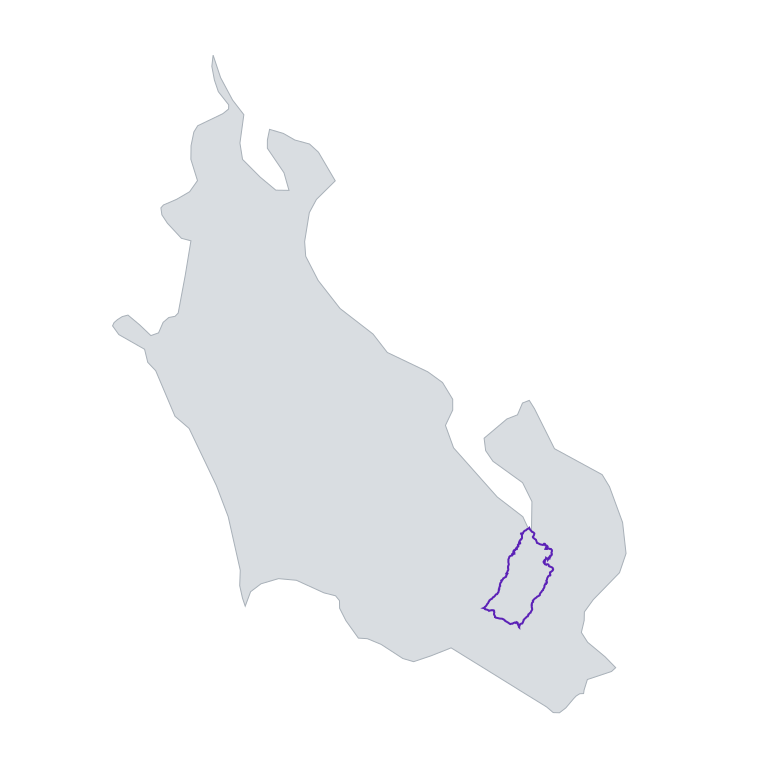 location of Bagaces, Guanacaste, Costa Rica, rotated 190°
{"feature_id": "36466004B76041075166072", "entity_name": "Bagaces", "entity_type": "district", "adm_level": 2, "iso_a3": "CRI", "parent_name": "Costa Rica", "parent_adm1": "Guanacaste", "projection": "robinson", "projection_center": [-85.261, 10.512], "detail": "fine", "context": "in_parent", "style": "outline", "palette": "violet", "viewbox_px": 768, "rotation_deg": 190, "n_neighbors": 0, "source": "geoboundaries", "source_scale": "gbopen_adm2", "svg_char_len": 7592}
<svg xmlns="http://www.w3.org/2000/svg" viewBox="0 0 768 768"><g transform="rotate(190 384 384)"><path d="M661.4,394.1L660.5,397.6L657.6,401.2L653.5,404.9L648.1,407.4L634.9,399.8L622.0,391.2L614.9,395.2L612.2,406.4L607.5,412.1L601.5,414.4L599.0,418.1L598.6,455.9L599.0,491.5L608.8,492.3L625.2,504.7L632.1,512.0L634.3,518.7L632.3,522.0L620.4,529.8L608.8,539.6L603.0,551.9L613.2,571.7L615.4,585.1L615.0,599.2L612.3,606.0L589.7,622.2L584.8,627.8L585.4,631.9L597.9,643.1L603.8,653.9L608.7,666.9L609.4,678.2L598.1,657.3L582.4,637.3L568.8,624.9L567.7,596.2L562.3,580.6L541.8,566.2L524.2,556.1L511.2,558.2L519.2,574.7L539.8,595.9L541.2,604.0L540.9,614.9L526.7,613.3L514.2,608.8L499.0,607.4L488.8,600.9L467.3,575.6L482.6,554.0L487.3,539.8L486.9,510.5L483.3,496.2L466.8,474.5L440.4,450.7L403.5,431.3L386.2,415.6L343.0,403.6L326.6,395.6L313.7,380.9L311.8,370.3L316.3,353.9L304.4,333.2L252.9,292.4L224.2,277.4L218.0,268.5L213.4,265.8L217.9,293.9L230.4,310.9L263.3,326.8L272.3,336.0L276.0,348.0L256.9,370.9L247.2,376.8L244.3,389.3L238.1,393.1L231.6,385.9L204.9,349.9L153.4,332.6L144.1,322.0L125.0,289.1L116.2,259.1L119.3,239.1L140.5,207.9L147.1,194.3L145.8,185.9L146.5,173.6L138.6,165.0L119.0,153.8L106.6,144.9L110.0,140.4L132.4,128.3L133.8,117.4L133.7,113.8L137.4,113.0L140.6,110.1L142.6,107.1L148.7,96.6L154.1,90.7L160.3,89.8L167.8,94.2L196.0,105.4L227.4,118.0L272.1,135.8L290.6,124.4L306.6,115.7L317.7,116.9L341.7,127.1L356.2,130.3L365.1,129.3L380.4,144.3L388.8,155.5L390.2,162.9L394.9,167.0L406.9,167.9L436.2,175.5L454.1,174.0L470.4,165.9L479.3,156.3L482.1,141.1L486.2,148.6L491.1,160.4L493.2,175.6L514.4,226.3L531.3,254.7L568.2,306.4L584.2,315.9L611.1,357.4L620.4,364.3L625.8,376.6L653.7,386.6L661.4,394.1Z" fill="#d9dde1" stroke="#a8b0b8" stroke-width="1"/><path d="M208.6,167.8L208.8,168.6L208.5,169.4L208.4,169.9L208.4,170.2L208.7,170.6L208.4,170.9L207.3,171.8L206.4,172.1L206.2,172.2L206.0,173.1L205.8,173.5L205.7,174.3L205.5,174.9L205.6,175.7L205.2,176.1L205.1,176.6L204.7,177.3L204.0,178.0L203.2,179.3L202.5,180.0L202.0,180.2L202.0,180.7L201.7,181.3L201.9,181.7L201.8,182.2L201.1,182.9L200.4,184.0L199.9,184.3L199.9,184.6L199.6,185.6L199.4,186.3L198.9,187.5L199.0,188.2L199.2,188.5L199.3,189.2L199.6,189.5L199.8,189.9L199.9,190.6L199.9,191.4L200.2,191.7L200.1,192.0L200.3,192.4L200.1,193.0L200.3,193.4L200.2,194.1L199.3,195.4L199.4,195.8L199.6,196.2L199.8,196.3L199.8,196.5L198.3,198.8L196.9,200.1L196.3,201.1L194.8,202.2L194.1,202.9L193.9,203.1L193.9,203.5L194.0,203.6L194.1,204.0L193.9,204.6L193.7,205.0L193.6,205.6L192.8,206.6L192.7,207.2L192.4,207.8L192.2,208.1L191.6,208.6L191.6,209.7L191.3,210.2L190.8,211.6L190.8,211.9L190.9,212.1L190.8,212.4L190.8,212.7L191.0,213.2L190.9,213.7L190.6,214.3L190.6,214.6L190.2,214.9L190.2,215.3L189.9,215.2L189.7,215.2L189.6,215.6L189.6,215.9L189.1,216.4L189.1,216.6L189.1,217.2L189.5,217.4L189.6,217.9L190.0,218.3L189.9,218.8L189.5,219.6L189.6,220.5L189.4,221.8L189.1,222.3L189.0,223.0L188.3,223.8L187.8,224.1L187.2,224.2L187.0,224.4L187.0,224.9L187.6,225.8L187.5,226.9L187.8,227.3L187.7,227.5L187.0,227.9L186.6,228.5L185.7,229.3L185.3,230.1L185.3,230.3L185.4,230.5L185.5,230.7L185.3,231.1L185.6,231.4L185.9,232.1L186.5,232.5L188.1,232.9L188.6,233.1L189.3,233.0L189.9,233.3L190.1,233.5L190.3,234.2L190.8,234.8L191.8,234.9L192.4,234.7L192.8,234.2L193.1,234.5L194.1,234.4L194.4,234.6L194.6,235.1L195.1,235.4L194.7,236.2L194.8,236.5L195.5,236.8L195.8,236.4L196.0,236.5L195.9,237.0L195.8,237.3L195.4,237.4L195.3,238.1L194.8,237.9L194.8,238.4L195.0,238.8L194.6,239.2L194.3,239.3L194.3,239.7L194.0,239.9L193.8,240.1L193.9,240.3L194.2,240.5L194.2,240.9L193.7,240.6L193.5,240.4L192.1,240.0L192.0,239.6L191.9,239.8L191.8,240.4L191.7,240.0L191.7,241.0L191.3,241.1L190.9,240.7L190.7,240.8L190.9,241.2L191.2,241.4L190.7,241.7L190.4,242.4L190.6,242.5L191.0,242.5L190.8,242.8L190.3,242.9L190.3,243.2L190.4,243.6L190.0,243.7L189.9,243.8L190.0,244.1L189.3,244.5L189.1,245.2L189.2,245.9L189.5,246.1L189.8,246.8L189.8,247.4L189.6,247.9L189.6,248.9L189.9,249.7L190.6,250.1L190.9,250.5L191.5,250.5L192.2,250.3L193.0,250.6L194.0,250.4L194.7,249.8L196.4,249.6L196.3,250.1L195.5,250.6L195.9,251.1L195.6,251.6L195.6,252.1L195.3,252.2L195.1,251.5L194.9,251.4L194.7,251.6L194.6,251.8L194.6,252.3L195.0,252.7L195.2,252.8L195.8,253.2L196.3,253.2L197.0,253.0L197.4,253.3L197.5,254.1L197.8,254.5L198.6,254.5L198.9,254.1L199.1,253.3L199.5,253.1L202.3,253.2L204.9,254.0L205.6,254.0L205.8,254.1L206.4,255.5L206.9,256.1L207.3,257.0L208.7,257.6L210.5,258.6L210.7,258.8L210.9,259.3L210.7,259.8L210.3,260.4L210.1,261.2L210.0,261.9L210.0,263.0L210.9,263.7L211.8,264.0L212.4,264.0L213.0,264.5L213.3,264.7L213.3,264.8L214.2,265.4L215.0,266.2L215.3,266.4L215.9,267.4L216.2,266.8L217.1,266.5L218.1,265.6L218.8,264.6L219.7,264.1L220.4,263.4L221.1,262.0L221.2,261.1L221.4,260.7L222.0,260.6L222.4,260.8L223.0,260.7L223.1,260.3L222.2,259.6L221.9,259.3L221.8,258.4L221.4,256.8L221.4,256.1L221.4,255.8L221.6,255.7L221.8,255.4L221.9,254.8L222.2,254.8L222.3,254.5L222.8,253.9L223.2,252.8L222.4,251.3L222.2,251.0L222.2,250.8L222.3,250.8L222.6,251.0L222.8,250.6L223.1,250.6L223.2,250.9L223.5,251.0L223.5,250.9L223.4,249.7L224.1,249.1L224.2,248.8L224.0,248.6L224.0,248.2L223.9,248.1L223.6,248.0L223.5,247.9L223.5,247.4L223.7,247.1L224.2,247.0L224.7,246.3L224.7,245.9L224.5,245.0L224.5,244.5L225.3,244.3L225.4,244.7L225.5,244.8L225.8,244.1L225.9,243.4L226.4,243.3L226.9,242.9L227.2,242.7L227.3,242.3L226.8,242.1L226.9,241.7L227.3,241.7L227.5,241.6L227.5,240.8L227.1,240.7L226.6,240.9L226.4,240.8L226.3,240.4L226.3,240.0L226.4,239.8L226.6,239.9L226.7,240.4L227.1,240.4L227.2,240.1L227.2,239.7L227.1,239.4L226.6,239.2L226.9,239.0L227.3,239.2L227.7,239.1L227.9,238.9L228.3,238.8L228.4,238.6L228.2,238.0L228.0,237.9L227.9,237.6L228.0,237.4L228.5,237.3L229.8,236.5L230.3,236.0L230.6,235.4L230.6,234.6L231.0,233.0L231.0,232.2L230.7,231.5L230.7,230.5L230.6,230.1L229.8,228.2L229.8,227.6L230.2,226.0L230.0,225.7L230.0,224.5L229.7,224.2L229.7,223.8L229.4,223.0L229.4,222.2L229.8,221.4L229.8,220.5L230.6,218.6L229.6,218.5L230.3,216.8L230.4,216.4L230.2,216.2L230.5,215.1L231.5,214.5L232.1,213.8L232.8,213.3L233.1,212.1L233.4,211.6L233.9,211.3L233.9,210.8L234.2,210.8L234.4,210.7L234.1,210.0L234.0,209.8L234.4,208.8L234.8,208.3L234.9,207.9L235.0,206.2L234.7,206.0L234.7,205.6L234.5,205.3L234.9,204.6L235.1,203.4L235.0,202.5L235.3,202.1L235.3,201.9L234.9,201.8L235.0,201.4L235.0,200.6L235.2,200.2L235.1,199.2L235.2,198.7L235.7,198.1L235.7,197.6L236.1,196.7L236.8,196.5L237.3,196.1L237.6,195.5L237.9,194.7L238.3,194.2L238.8,193.4L239.7,192.8L239.8,192.5L240.5,191.1L240.9,190.9L241.7,190.3L242.0,189.8L242.6,189.2L242.6,188.8L242.8,188.3L243.1,187.9L243.1,187.5L243.5,186.1L244.1,185.4L244.7,183.6L245.4,182.5L246.0,181.9L246.2,181.6L246.3,181.1L247.1,180.6L245.8,180.5L245.6,180.4L245.4,179.8L245.0,179.7L243.9,179.7L242.5,179.5L241.8,179.2L241.2,178.8L240.8,179.2L240.6,179.2L240.2,179.5L239.5,179.5L239.0,179.9L238.6,179.9L238.1,180.1L237.4,180.1L237.0,180.2L236.6,180.2L236.3,179.9L236.5,179.4L236.1,179.0L235.7,178.5L235.8,177.7L235.7,176.4L235.5,175.9L235.0,175.5L234.3,174.4L234.2,173.7L233.7,173.7L233.0,173.2L232.5,173.3L229.0,173.1L227.0,173.4L226.2,173.1L225.7,173.1L225.1,172.9L224.8,172.6L223.7,172.1L223.4,171.6L222.1,171.3L221.1,170.8L220.3,170.6L218.6,169.7L217.9,169.5L217.0,170.1L216.3,170.1L215.7,170.3L215.1,171.1L214.9,171.1L214.4,171.4L213.9,171.8L213.4,171.8L212.6,171.5L212.3,171.9L212.2,172.4L211.7,172.2L211.2,172.3L210.9,172.0L210.5,170.7L210.1,170.6L209.8,170.3L209.8,169.6L209.5,169.4L209.4,169.1L208.9,168.6L208.9,168.0L208.6,167.8Z" fill="none" stroke="#5b21b6" stroke-width="2"/></g></svg>